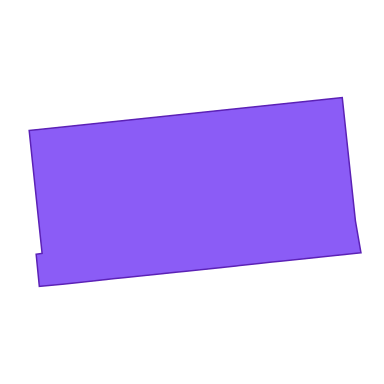 Deuel, Nebraska, United States of America, rotated 354°
{"feature_id": "52423323B45543435698504", "entity_name": "Deuel", "entity_type": "district", "adm_level": 2, "iso_a3": "USA", "parent_name": "United States of America", "parent_adm1": "Nebraska", "projection": "natural_earth1", "projection_center": [-102.339, 41.112], "detail": "fine", "context": "isolated", "style": "filled", "palette": "violet", "viewbox_px": 384, "rotation_deg": 354, "n_neighbors": 0, "source": "geoboundaries", "source_scale": "gbopen_adm2", "svg_char_len": 511}
<svg xmlns="http://www.w3.org/2000/svg" viewBox="0 0 384 384"><g transform="rotate(354 192 192)"><path d="M351.3,113.8L36.5,113.8L36.5,237.4L30.5,237.6L30.3,269.9L54.4,270.2L56.1,270.2L61.6,270.2L66.8,270.2L105.9,270.0L115.8,270.1L116.6,270.1L167.5,270.1L176.3,270.2L216.7,270.2L216.8,270.2L217.6,270.2L228.5,270.2L230.9,270.1L251.3,270.1L262.5,270.0L264.1,270.0L274.4,270.1L312.1,270.1L342.9,270.1L353.7,270.1L353.6,269.0L351.5,237.9L351.3,113.8Z" fill="#8b5cf6" stroke="#5b21b6" stroke-width="1.5"/></g></svg>